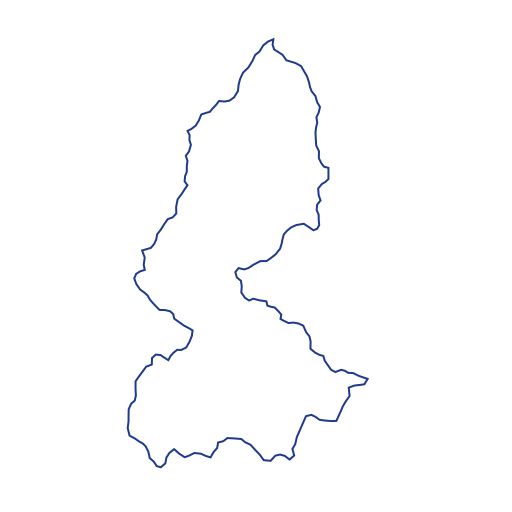 outline of Eugenópolis, Minas Gerais, Brazil, rotated 4°
{"feature_id": "56859067B20403455041132", "entity_name": "Eugenópolis", "entity_type": "district", "adm_level": 2, "iso_a3": "BRA", "parent_name": "Brazil", "parent_adm1": "Minas Gerais", "projection": "robinson", "projection_center": [-42.221, -20.998], "detail": "fine", "context": "isolated", "style": "outline", "palette": "blue", "viewbox_px": 512, "rotation_deg": 4, "n_neighbors": 0, "source": "geoboundaries", "source_scale": "gbopen_adm2", "svg_char_len": 3173}
<svg xmlns="http://www.w3.org/2000/svg" viewBox="0 0 512 512"><g transform="rotate(4 256 256)"><path d="M316.9,220.8L316.1,215.9L315.6,210.4L313.3,205.9L313.4,200.6L316.5,196.0L314.3,191.1L313.3,184.3L316.6,179.7L320.1,177.2L322.9,174.2L322.5,168.4L322.1,163.0L317.6,162.2L314.6,158.7L311.9,154.1L311.5,147.1L308.4,141.7L307.5,135.4L306.7,128.4L307.0,123.2L307.8,118.8L306.6,113.5L308.6,108.3L309.4,102.8L306.3,98.4L304.1,92.3L300.0,87.8L298.1,83.7L296.8,79.1L294.3,73.1L291.2,68.6L287.7,63.4L282.0,60.8L277.7,59.8L272.6,58.6L268.5,53.5L264.2,51.1L259.8,48.8L257.8,44.1L258.2,38.6L253.1,41.2L248.6,45.3L245.2,51.8L241.1,55.6L239.0,61.3L235.3,68.4L230.2,74.1L227.8,80.5L226.7,86.4L226.5,92.7L223.1,99.2L218.7,102.9L213.7,104.1L208.3,104.0L205.2,108.6L202.4,111.9L199.9,115.4L196.2,116.7L191.5,118.7L189.6,124.7L186.8,130.1L182.5,133.9L179.0,136.0L181.3,140.0L181.5,145.0L183.3,149.6L181.9,156.3L179.0,160.9L181.0,166.0L180.7,171.6L181.1,176.6L179.7,181.3L179.6,186.6L182.7,190.2L179.7,195.3L177.4,199.5L173.9,204.8L172.9,212.5L173.5,219.2L170.0,223.4L165.5,225.3L162.6,230.0L159.0,236.7L155.9,241.2L155.3,246.6L153.6,251.0L150.6,255.2L146.7,256.7L142.0,258.4L145.1,265.3L144.6,272.6L146.0,277.6L141.3,279.5L137.7,282.2L136.1,286.8L138.5,292.2L142.8,297.6L147.1,300.2L150.6,302.9L153.2,306.9L156.5,310.2L160.1,313.5L163.5,316.5L169.2,316.3L174.1,317.1L177.4,319.6L178.8,324.2L184.0,327.4L189.1,330.5L193.3,332.3L197.9,334.6L197.6,340.2L195.6,346.3L192.8,352.1L188.1,354.9L183.9,355.1L180.6,358.1L177.6,361.9L175.8,366.0L171.5,363.7L167.7,361.5L163.0,361.3L159.4,365.0L159.6,371.6L154.2,374.0L150.8,379.4L147.3,384.8L144.6,389.4L145.1,396.9L145.9,403.5L145.1,408.8L141.8,412.0L139.7,417.7L140.0,423.9L140.4,430.0L140.0,436.6L142.4,444.0L148.1,446.6L152.2,449.1L156.1,450.9L159.2,453.6L162.2,458.6L164.1,465.0L168.4,468.3L171.6,472.5L175.8,473.4L180.0,469.2L180.7,463.3L183.4,458.4L187.8,454.4L193.3,458.6L198.9,461.7L202.8,460.0L208.3,456.8L215.0,457.1L219.6,458.9L224.7,460.1L227.3,454.6L230.6,450.3L231.2,444.7L236.3,443.0L240.2,439.6L248.0,439.5L254.1,439.6L258.1,442.5L263.7,444.7L269.3,450.0L273.8,454.1L277.9,459.1L284.9,459.3L289.1,453.9L293.8,452.4L298.7,453.4L303.7,456.7L308.0,452.4L305.8,445.9L308.2,441.1L309.4,433.8L317.0,412.3L322.3,410.6L326.6,412.3L330.7,414.9L335.6,415.3L342.8,415.4L347.7,414.9L351.6,404.3L353.0,400.2L355.4,395.3L359.1,389.1L357.7,380.8L363.4,378.3L369.0,377.3L373.1,376.4L375.9,370.8L371.6,369.7L366.9,368.4L361.0,366.0L356.1,366.1L352.7,364.3L348.9,363.6L343.3,366.2L338.9,364.3L335.6,360.3L331.9,355.7L330.1,351.0L325.9,350.1L321.6,348.2L316.8,344.7L316.4,337.3L314.9,332.4L311.4,328.6L308.0,322.2L303.2,320.4L298.1,319.8L293.1,320.6L288.8,318.9L284.9,317.2L285.3,312.7L282.4,309.7L278.3,306.1L274.4,305.6L270.8,304.7L269.5,300.5L262.9,300.0L256.2,298.8L252.3,300.9L248.0,298.6L243.9,293.4L243.9,287.2L242.7,281.8L238.4,278.7L236.5,273.5L239.4,269.3L245.2,270.2L249.2,268.6L254.2,264.8L260.7,260.8L266.9,260.3L270.7,257.3L275.4,253.0L279.5,247.1L280.6,242.6L281.2,237.9L282.2,232.6L285.3,228.5L289.2,224.9L294.1,222.3L301.4,220.5L307.1,223.7L311.5,226.3L315.1,224.6L316.9,220.8Z" fill="none" stroke="#1e3a8a" stroke-width="2"/></g></svg>